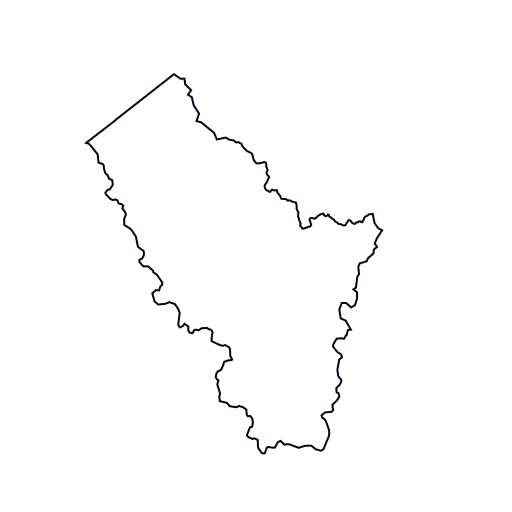 Ravalli, Montana, United States of America, rotated 322°
{"feature_id": "52423323B8575592965012", "entity_name": "Ravalli", "entity_type": "district", "adm_level": 2, "iso_a3": "USA", "parent_name": "United States of America", "parent_adm1": "Montana", "projection": "albers", "projection_center": [-114.064, 46.06], "detail": "fine", "context": "isolated", "style": "outline", "palette": "ink", "viewbox_px": 512, "rotation_deg": 322, "n_neighbors": 0, "source": "geoboundaries", "source_scale": "gbopen_adm2", "svg_char_len": 4586}
<svg xmlns="http://www.w3.org/2000/svg" viewBox="0 0 512 512"><g transform="rotate(322 256 256)"><path d="M279.3,373.6L282.9,370.9L285.4,372.5L286.9,362.2L284.3,357.3L288.7,349.5L294.6,345.8L298.1,348.5L299.3,355.1L303.7,355.7L309.4,351.8L313.3,346.8L312.2,342.3L315.3,342.4L322.9,334.9L326.2,333.5L330.0,327.4L333.3,325.7L340.0,328.3L343.0,326.7L350.2,326.3L352.8,323.4L357.0,323.4L357.2,319.3L362.4,316.4L371.2,313.4L369.4,309.3L369.7,303.0L373.9,294.7L373.6,294.3L372.8,294.1L372.0,293.5L370.3,292.7L368.6,292.8L367.3,292.4L366.2,292.3L364.8,292.6L363.4,293.5L361.4,294.3L360.6,294.8L359.7,293.8L359.4,292.8L358.3,292.1L357.3,292.3L355.9,291.3L354.2,291.7L353.0,290.9L352.1,288.9L352.2,287.4L352.1,286.1L351.2,284.7L350.5,284.9L348.6,285.6L346.9,286.1L345.4,286.8L343.7,285.8L342.3,283.0L340.9,281.7L340.6,279.8L339.6,277.7L339.8,275.8L339.1,273.7L338.8,272.2L338.4,270.7L338.1,269.6L338.7,268.6L338.3,267.6L337.4,268.0L335.6,267.7L334.7,266.1L335.2,264.6L335.0,263.8L333.2,263.2L330.6,262.6L328.1,262.7L325.4,262.9L324.5,261.9L323.2,260.1L321.9,259.7L320.5,260.3L320.0,261.9L319.5,263.1L319.0,265.0L318.0,265.8L316.7,266.1L315.4,265.2L313.9,265.0L311.5,264.0L310.4,263.9L309.3,262.6L309.7,261.6L309.4,259.4L311.2,257.9L311.8,255.2L312.5,253.7L313.1,252.5L313.2,251.0L315.0,249.1L316.1,248.0L316.4,246.5L317.2,243.5L318.6,242.0L320.4,238.7L319.4,237.2L317.9,235.4L317.3,233.6L316.0,232.2L315.1,232.0L314.9,231.1L315.0,230.5L314.4,229.3L313.5,228.7L312.2,227.5L311.3,226.6L311.5,225.0L312.0,223.5L312.0,222.0L312.0,220.7L311.9,218.9L312.5,218.1L312.9,217.5L312.9,216.8L312.3,216.6L311.0,215.7L309.9,214.6L309.4,213.6L308.6,213.5L307.1,214.2L306.0,213.6L305.6,212.1L304.7,210.3L304.8,208.1L306.0,205.9L308.1,205.0L310.1,204.5L311.8,203.4L313.9,202.4L314.9,202.0L315.1,200.0L314.8,198.7L315.5,197.0L316.4,196.2L318.1,195.5L319.2,191.5L320.6,190.2L321.2,188.3L320.2,186.9L317.4,185.9L314.6,184.3L313.3,183.1L313.4,181.2L313.2,179.5L313.8,177.8L314.4,176.2L315.4,174.3L315.8,172.3L314.7,170.0L313.6,168.0L313.2,165.1L312.8,161.5L313.6,158.5L312.7,157.0L312.4,155.5L310.3,154.4L309.5,151.1L307.6,149.0L306.2,147.3L306.0,146.6L305.2,144.1L296.9,140.1L298.8,133.2L295.0,116.7L292.2,113.1L298.8,108.7L299.6,99.1L303.2,91.3L301.7,87.0L307.0,85.4L305.9,77.1L308.8,72.2L305.6,69.8L303.3,62.2L230.3,62.3L227.4,62.5L191.8,62.3L193.4,64.6L193.7,68.1L193.8,78.4L189.4,85.5L191.8,89.1L191.7,90.3L191.7,91.0L190.0,93.5L188.3,97.8L188.8,100.9L187.8,104.6L189.4,107.8L187.0,111.7L181.9,113.5L179.9,112.5L176.3,113.4L175.7,114.6L176.4,121.5L177.7,123.9L180.2,125.0L181.0,126.9L180.1,130.0L182.0,132.4L182.4,134.7L180.1,136.1L179.8,141.4L179.1,143.1L174.6,145.9L171.3,150.5L173.7,157.1L173.9,159.0L173.4,165.1L173.2,167.0L169.1,175.1L168.7,176.8L170.5,182.5L170.1,183.9L168.3,186.1L167.0,187.0L164.3,187.9L161.7,187.2L160.4,189.1L160.9,195.0L164.5,197.5L165.8,204.0L165.1,205.4L166.4,209.9L165.8,219.2L164.4,220.9L161.9,221.1L158.5,223.4L156.1,221.2L151.3,221.6L148.1,229.3L149.0,234.0L155.2,237.9L159.3,239.0L162.5,244.0L162.1,249.9L160.8,253.9L154.7,260.0L152.4,262.2L152.0,265.3L154.9,266.2L157.9,265.5L159.3,269.9L157.0,272.6L156.4,275.1L158.2,277.6L159.5,277.5L161.1,276.4L163.2,276.9L164.8,279.1L168.8,279.5L173.1,282.5L173.7,284.6L174.9,286.0L175.2,287.8L174.7,289.6L173.0,290.7L172.1,292.1L170.4,293.4L169.5,294.8L168.7,295.3L168.7,296.0L172.7,303.9L174.7,306.5L176.8,307.1L178.5,311.1L178.3,313.3L174.2,318.9L173.5,322.7L172.8,323.0L169.7,321.1L165.9,319.8L162.4,322.1L159.6,323.6L157.7,324.2L155.5,323.4L152.6,324.1L149.8,326.5L149.3,329.0L149.8,330.9L146.4,333.4L143.0,342.4L140.5,344.1L138.1,348.1L142.6,353.7L142.9,358.3L147.4,363.1L150.4,363.8L152.5,366.9L153.9,370.9L151.1,375.2L150.9,377.2L153.0,378.6L152.9,382.0L151.1,385.2L147.8,388.3L146.1,387.3L144.7,387.9L139.0,391.3L138.4,392.1L138.5,394.0L140.5,397.9L142.6,398.8L144.1,402.0L140.5,407.0L139.5,409.0L139.3,415.2L141.4,416.9L146.7,413.6L148.6,414.5L151.2,417.4L153.0,418.6L158.5,416.1L161.5,416.8L162.3,422.4L163.7,422.8L166.3,424.9L171.5,433.4L177.7,435.7L182.2,439.0L182.9,439.7L184.0,445.0L187.5,449.6L190.2,449.8L202.4,442.9L204.3,441.2L206.4,438.1L209.5,428.9L209.4,426.0L208.6,424.5L209.5,421.9L214.0,421.7L219.5,425.3L222.0,424.9L223.4,422.1L224.9,420.2L230.5,419.7L235.0,418.2L236.4,415.6L236.5,414.5L235.6,413.4L235.8,412.7L237.9,409.6L242.9,408.9L246.0,407.4L247.0,405.5L246.7,403.2L247.0,400.9L250.2,395.6L257.9,388.8L261.3,388.8L262.1,387.1L262.4,385.7L261.0,381.8L260.9,378.3L261.1,374.5L262.0,373.5L268.5,370.8L272.2,373.0L274.3,375.4L279.3,373.5L279.3,373.6Z" fill="none" stroke="#020617" stroke-width="2"/></g></svg>